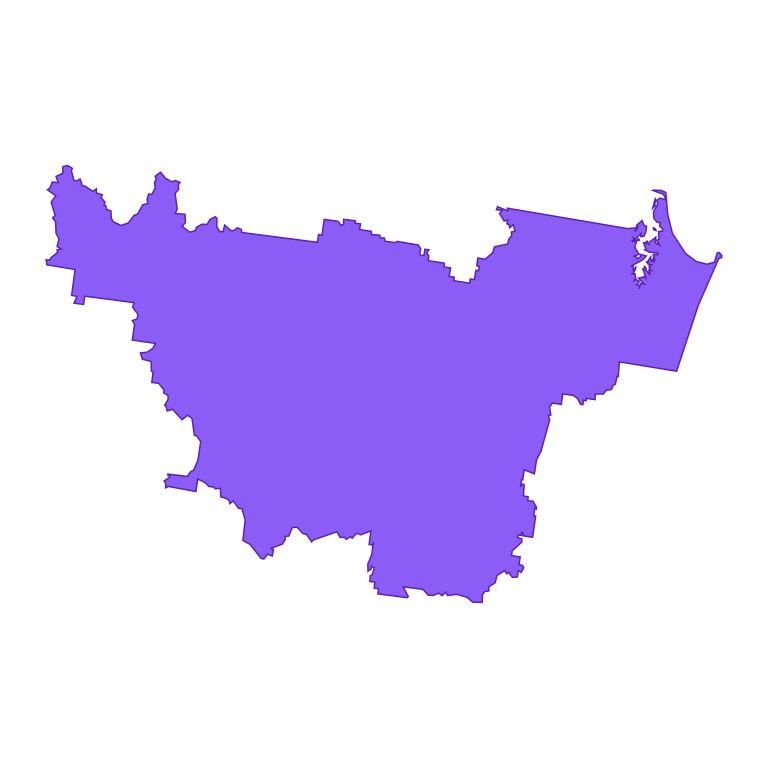 the district of Gympie, Queensland, Australia
{"feature_id": "25037944B82919316631597", "entity_name": "Gympie", "entity_type": "district", "adm_level": 2, "iso_a3": "AUS", "parent_name": "Australia", "parent_adm1": "Queensland", "projection": "orthographic", "projection_center": [152.893, -26.177], "detail": "fine", "context": "isolated", "style": "filled", "palette": "violet", "viewbox_px": 768, "rotation_deg": 0, "n_neighbors": 0, "source": "geoboundaries", "source_scale": "gbopen_adm2", "svg_char_len": 6083}
<svg xmlns="http://www.w3.org/2000/svg" viewBox="0 0 768 768"><path d="M160.5,172.2L155.1,176.3L156.4,178.7L154.5,182.6L155.2,188.0L151.8,194.5L148.6,194.0L147.1,199.5L147.8,203.4L142.7,204.8L137.6,214.0L133.9,215.5L128.4,222.9L121.0,225.5L113.2,221.7L111.3,218.3L110.9,210.8L106.6,209.5L105.8,205.7L104.1,204.9L105.0,202.4L101.1,197.4L102.4,194.8L96.4,193.0L96.4,188.9L92.7,191.3L84.7,185.9L82.5,186.1L80.0,179.0L76.3,181.1L73.8,180.1L71.4,170.7L72.4,168.4L67.6,165.6L63.0,166.5L62.8,173.3L56.0,176.4L58.2,182.6L52.3,182.0L49.9,188.1L47.4,189.8L55.8,195.7L51.2,202.1L55.1,215.4L52.6,217.9L55.5,221.5L56.1,233.5L59.0,238.6L57.1,246.6L61.3,248.9L57.1,249.9L57.5,252.5L50.9,257.7L50.3,259.9L46.1,259.9L46.9,264.8L75.1,269.5L71.6,295.4L77.1,296.4L74.0,303.2L83.6,304.4L84.7,296.2L133.8,302.6L132.7,307.3L138.0,314.4L137.0,319.1L132.3,320.5L134.6,324.3L132.3,340.1L155.5,343.4L152.7,348.4L147.3,352.1L140.4,352.9L142.4,359.2L151.2,361.5L151.4,371.1L153.1,371.9L151.8,382.5L158.6,383.3L164.0,389.9L163.5,392.8L168.1,395.5L168.1,399.4L164.3,405.9L165.4,404.9L167.3,411.0L172.6,409.3L182.0,419.7L187.5,415.3L192.0,418.4L194.4,435.3L196.6,435.9L200.7,441.6L197.9,460.3L193.5,470.4L190.7,471.6L187.4,476.4L167.9,474.1L168.0,475.7L170.0,475.6L169.6,477.3L164.1,481.0L165.8,483.6L165.6,487.8L168.6,486.5L195.9,491.5L197.7,479.0L205.0,482.5L208.8,486.5L214.0,487.1L215.3,488.8L220.3,488.3L220.8,496.8L226.6,498.6L229.2,500.6L229.9,503.6L233.3,500.8L238.4,508.2L242.0,508.8L245.2,519.9L242.9,540.4L250.2,544.5L260.9,558.2L263.8,559.0L267.6,554.2L272.2,556.0L273.5,549.8L271.2,548.3L282.4,544.0L285.2,539.8L285.0,536.5L288.9,536.0L292.0,527.9L294.0,527.3L297.4,527.4L303.0,533.7L306.4,534.2L311.7,541.9L313.1,540.0L334.3,532.6L337.3,532.2L340.1,537.4L344.5,537.3L346.3,539.3L350.5,536.6L352.2,538.2L356.6,533.2L360.6,534.8L370.9,530.9L369.1,544.5L371.9,545.0L373.2,543.4L371.7,554.8L367.8,564.1L368.0,571.3L371.2,568.9L371.4,566.3L374.3,567.8L372.2,574.8L370.2,575.7L369.9,581.4L374.9,582.2L374.1,588.1L378.5,588.7L377.8,593.9L407.2,597.7L408.3,596.6L403.2,586.8L423.1,589.4L428.2,595.2L433.6,595.4L438.9,593.1L442.0,595.7L445.8,592.2L447.5,595.5L456.5,594.3L467.1,597.3L472.7,602.1L482.2,602.4L482.5,594.5L484.7,591.6L488.9,590.9L488.9,586.8L495.2,582.7L497.0,575.5L504.5,570.7L506.8,573.8L508.8,572.4L512.3,577.3L517.3,577.0L518.4,570.5L521.2,572.4L523.7,567.7L522.7,565.6L519.1,564.5L520.2,556.9L511.5,555.6L512.2,550.8L521.8,542.2L521.7,538.7L517.6,537.7L518.1,534.9L521.3,535.4L521.8,532.4L523.2,532.9L523.0,535.8L532.6,537.3L535.7,516.0L533.7,515.9L534.7,508.2L536.2,509.1L536.5,507.4L532.9,501.0L527.9,501.0L528.1,496.7L523.4,496.0L524.2,484.9L523.3,484.1L522.6,484.1L520.6,486.1L521.6,479.5L522.7,479.7L524.2,469.8L534.4,473.8L536.5,459.9L540.9,451.4L549.7,419.9L548.5,415.5L550.8,415.0L549.6,407.0L552.3,403.1L561.3,404.3L562.7,393.9L573.6,395.4L577.5,398.5L580.6,404.4L582.9,404.7L583.4,400.3L586.1,400.7L586.4,398.4L595.1,399.6L595.2,394.1L603.5,393.9L606.2,390.3L611.5,389.5L613.1,385.2L615.2,384.4L617.2,376.2L618.3,376.4L619.3,361.9L676.6,371.2L698.1,305.8L718.7,258.6L721.6,257.6L721.9,255.6L719.2,252.4L717.2,253.0L714.5,262.2L707.0,264.2L696.4,261.6L685.6,253.5L672.4,233.3L667.7,214.5L665.8,192.5L661.1,190.4L654.1,190.1L653.5,190.1L652.8,190.4L663.4,194.3L665.3,197.9L665.1,199.6L660.1,198.1L657.2,200.0L657.5,204.9L653.5,211.6L653.9,218.2L656.5,221.8L660.3,223.0L659.5,226.1L662.6,228.9L662.4,231.2L658.6,231.5L659.0,239.2L656.7,240.3L659.6,245.0L655.2,242.8L655.8,237.2L649.2,242.3L649.1,244.5L647.0,242.7L645.6,244.0L647.9,240.8L644.1,243.2L643.2,242.3L646.0,249.0L644.6,249.8L649.2,252.2L657.6,252.9L658.1,254.5L653.3,254.6L654.9,260.4L653.3,258.6L653.2,260.8L654.4,260.8L654.5,260.9L654.5,261.0L654.3,261.3L654.5,261.1L654.3,261.3L654.4,260.8L653.2,260.9L652.3,260.2L652.0,261.3L650.7,260.2L650.7,256.9L647.6,261.5L648.5,262.3L646.7,262.2L648.5,264.5L651.5,264.8L649.0,266.7L650.2,267.9L649.1,269.0L651.4,270.4L648.9,270.8L650.1,273.7L650.1,274.2L649.9,274.5L646.3,270.7L645.7,267.3L644.4,266.5L644.4,269.3L642.9,268.9L646.2,278.9L644.1,276.7L638.5,278.2L644.1,284.0L640.4,283.4L639.3,288.9L639.9,285.4L636.8,285.1L639.2,281.3L635.5,279.3L635.1,280.2L634.2,280.6L635.7,277.8L635.0,273.7L631.2,274.1L633.3,273.4L635.6,268.7L635.7,267.3L633.2,270.0L633.2,265.5L630.7,266.4L643.1,259.5L646.3,255.9L640.0,254.3L640.8,256.7L637.2,258.7L635.8,256.5L633.2,256.4L639.0,254.3L634.8,247.3L636.7,240.8L639.3,240.2L638.6,238.7L635.7,241.1L632.3,241.9L633.5,241.1L632.5,240.5L636.0,240.2L635.6,239.9L634.2,239.9L633.6,239.7L634.9,239.7L633.8,239.2L633.4,237.7L635.4,239.0L640.9,233.6L640.7,236.6L643.8,236.4L645.7,232.4L646.6,226.4L644.1,225.4L642.1,220.6L637.7,224.2L637.7,228.2L636.0,230.5L634.1,231.2L636.8,229.0L637.0,227.9L636.5,226.3L636.0,227.9L627.5,228.6L507.4,208.2L507.8,210.8L497.5,206.7L496.4,209.8L502.3,210.4L499.5,213.4L504.2,221.1L507.8,220.0L506.9,223.8L509.0,224.5L509.7,227.7L513.2,224.7L515.1,231.2L511.4,232.0L511.6,235.9L508.9,239.1L507.7,244.0L494.5,246.8L492.7,252.6L485.3,259.2L477.8,258.0L476.7,265.8L479.2,266.3L478.6,270.8L475.8,270.3L474.4,279.6L470.3,279.0L469.7,283.2L453.8,280.7L454.2,277.2L449.1,276.5L450.6,267.9L444.3,267.0L444.1,263.1L428.2,260.7L428.8,255.9L426.7,253.1L428.9,249.7L424.8,249.3L424.0,255.2L421.3,255.6L419.7,253.8L420.7,248.7L418.2,245.0L397.3,241.4L395.4,242.7L385.0,241.2L384.5,238.1L380.3,237.7L379.7,235.1L371.5,234.6L371.4,231.4L359.6,229.6L360.5,223.9L355.0,223.1L355.3,220.8L343.6,219.3L343.6,224.2L340.9,225.4L338.2,221.3L324.2,219.4L322.0,235.2L318.6,234.5L317.4,242.3L241.7,232.5L241.4,229.4L237.1,227.8L233.9,230.6L230.9,230.5L224.6,225.1L223.1,231.6L219.8,231.7L216.8,226.9L216.9,218.3L215.2,216.8L210.0,219.4L207.1,224.4L202.0,224.2L196.4,227.4L195.5,230.6L189.6,232.2L182.2,226.4L185.4,222.5L185.0,214.3L175.3,213.5L177.2,209.1L175.1,193.5L178.6,189.4L178.3,184.9L180.0,182.3L175.4,180.6L171.6,181.8L165.4,178.2L160.5,172.2ZM654.5,204.4L655.9,200.2L655.2,198.9L652.7,208.2L655.5,205.4L654.5,204.4ZM656.1,230.5L655.2,228.6L653.4,227.8L653.8,229.9L656.1,230.5Z" fill="#8b5cf6" stroke="#5b21b6" stroke-width="1.5"/></svg>